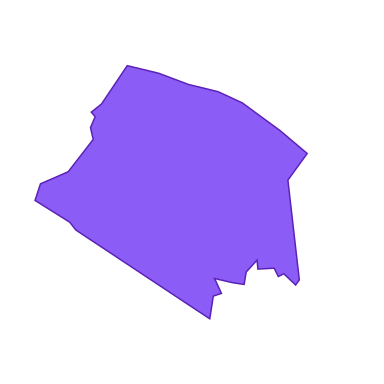 Hart, Kentucky, United States of America, rotated 209°
{"feature_id": "52423323B62554874714957", "entity_name": "Hart", "entity_type": "district", "adm_level": 2, "iso_a3": "USA", "parent_name": "United States of America", "parent_adm1": "Kentucky", "projection": "orthographic", "projection_center": [-85.917, 37.299], "detail": "fine", "context": "isolated", "style": "filled", "palette": "violet", "viewbox_px": 384, "rotation_deg": 209, "n_neighbors": 0, "source": "geoboundaries", "source_scale": "gbopen_adm2", "svg_char_len": 582}
<svg xmlns="http://www.w3.org/2000/svg" viewBox="0 0 384 384"><g transform="rotate(209 192 192)"><path d="M109.9,281.5L144.7,288.4L191.1,294.3L217.7,292.4L247.4,284.3L278.7,279.7L309.9,271.1L313.8,225.2L318.8,213.0L313.2,210.9L312.0,199.1L303.9,190.1L310.1,149.7L328.5,125.7L325.2,108.5L284.3,106.3L275.1,102.4L198.3,96.3L139.4,91.6L115.0,89.7L122.9,111.3L117.1,117.6L130.3,127.3L113.0,132.2L101.6,136.4L105.8,148.3L102.1,164.0L97.0,156.5L83.2,165.2L75.5,159.9L72.1,165.0L56.3,160.9L55.5,167.1L113.9,248.9L109.9,281.5Z" fill="#8b5cf6" stroke="#5b21b6" stroke-width="1.5"/></g></svg>